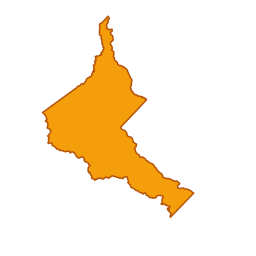 Japurá, Amazonas, Brazil (orthographic projection), rotated 44°
{"feature_id": "56859067B39136722056704", "entity_name": "Japurá", "entity_type": "district", "adm_level": 2, "iso_a3": "BRA", "parent_name": "Brazil", "parent_adm1": "Amazonas", "projection": "orthographic", "projection_center": [-68.104, -1.386], "detail": "fine", "context": "isolated", "style": "filled", "palette": "amber", "viewbox_px": 256, "rotation_deg": 44, "n_neighbors": 0, "source": "geoboundaries", "source_scale": "gbopen_adm2", "svg_char_len": 5763}
<svg xmlns="http://www.w3.org/2000/svg" viewBox="0 0 256 256"><g transform="rotate(44 128 128)"><path d="M220.5,162.6L220.5,129.3L216.1,129.7L213.8,130.5L211.8,131.9L209.6,132.8L208.3,134.1L207.5,135.4L206.1,136.4L204.8,136.1L203.8,135.2L203.6,134.7L204.0,132.5L203.8,132.1L202.9,131.8L202.0,132.2L200.5,132.1L199.9,132.2L198.4,133.8L196.8,134.6L195.4,134.8L191.9,136.4L190.6,137.8L188.4,138.8L186.9,138.8L184.9,137.7L183.7,137.6L181.7,138.1L180.4,138.0L178.7,138.2L176.2,137.3L174.7,137.5L172.7,136.9L171.5,136.8L170.0,136.9L168.1,137.9L165.2,138.1L163.9,138.7L161.9,138.2L160.9,138.3L159.9,138.6L158.9,138.7L158.1,139.2L157.4,140.7L157.0,140.7L155.0,139.6L152.7,140.1L151.0,140.1L149.7,139.6L148.1,138.5L147.2,138.3L146.7,137.5L146.9,136.2L146.7,135.8L145.4,133.7L142.5,134.4L141.5,134.3L138.5,132.6L137.1,132.3L136.0,132.7L134.9,133.6L133.1,134.0L132.4,133.7L130.6,132.5L128.2,132.0L126.6,132.4L125.3,133.1L123.6,133.2L122.1,132.4L122.0,110.3L121.7,95.1L121.4,95.3L121.0,95.0L121.1,95.4L120.7,95.1L119.8,95.1L119.8,94.8L119.6,94.8L119.6,95.0L119.1,94.9L118.7,95.3L118.3,95.2L118.0,95.6L117.3,95.2L117.4,95.3L117.2,95.9L116.8,95.6L116.2,95.8L116.2,96.2L114.7,96.7L113.7,97.6L113.3,97.5L112.9,98.1L112.0,98.3L111.2,98.2L110.2,98.9L110.0,99.4L109.3,99.1L108.4,99.0L107.5,99.3L107.4,99.1L106.9,99.0L106.5,99.3L105.9,99.2L105.7,98.8L105.5,99.1L104.1,98.7L103.7,98.3L103.1,97.9L103.0,98.0L102.5,97.6L102.3,97.8L102.0,97.4L101.4,97.0L101.0,96.5L101.1,95.9L100.8,95.7L100.8,95.0L100.3,94.6L99.9,93.8L98.8,93.0L98.5,92.1L97.5,90.8L96.5,90.4L95.2,90.3L94.4,89.8L93.7,89.8L92.2,88.9L90.8,88.7L90.0,88.1L88.0,87.4L87.4,86.9L86.3,86.8L85.6,86.6L84.5,87.0L83.1,86.9L82.9,87.2L82.4,87.2L82.3,87.7L80.9,87.5L80.0,88.0L79.0,88.3L78.4,89.1L77.5,89.1L76.5,89.3L75.5,88.6L73.8,88.1L72.0,88.5L70.7,88.3L69.6,87.1L68.0,86.8L67.6,86.5L66.7,84.8L65.7,84.1L65.1,83.3L64.5,83.0L63.9,83.2L62.9,83.1L62.0,83.4L61.6,83.0L61.5,81.7L60.9,81.2L59.0,80.2L57.5,80.0L56.8,79.6L56.2,78.9L56.1,78.4L56.2,74.8L54.2,73.6L53.6,72.8L52.9,72.4L51.0,72.6L49.6,72.0L49.3,71.5L49.1,70.8L49.3,69.6L49.2,69.2L48.4,68.3L47.7,68.1L47.4,68.5L47.0,69.6L46.7,70.2L45.1,70.4L44.2,71.3L43.5,71.3L42.9,70.7L42.8,70.1L42.4,69.7L41.7,69.4L40.8,68.7L40.6,68.2L40.3,65.7L39.9,65.3L38.8,65.0L38.6,64.5L38.8,63.0L38.5,62.3L37.5,61.8L36.0,61.6L36.2,70.4L35.9,71.4L35.5,72.0L35.5,73.3L38.3,75.5L38.6,76.2L40.5,78.5L41.0,78.7L41.6,79.9L43.0,80.7L43.5,80.5L44.4,80.6L45.2,80.5L46.2,82.1L46.6,82.1L47.5,82.6L47.6,83.0L48.4,83.0L49.6,84.2L49.9,84.4L50.3,85.1L52.2,85.8L52.4,86.1L54.3,86.8L54.4,87.5L54.9,87.5L55.7,87.8L55.9,88.2L55.7,89.4L56.1,89.6L56.7,90.7L56.2,92.1L56.6,92.4L56.9,93.2L57.3,93.0L57.6,93.3L57.5,93.8L58.0,93.9L57.2,95.2L57.1,96.0L56.3,97.0L56.2,97.7L55.4,98.2L55.6,98.6L55.2,99.0L55.6,99.0L55.5,99.4L55.9,99.5L55.8,99.9L56.9,100.8L57.1,101.3L57.6,101.3L58.1,101.8L58.2,102.3L57.6,103.2L58.8,104.0L59.2,104.1L59.9,105.2L59.7,106.8L59.9,107.2L60.6,107.3L60.9,107.7L62.6,108.9L62.6,109.6L63.2,110.3L63.6,110.1L64.5,110.4L64.6,110.9L63.8,111.6L63.5,111.6L63.5,112.0L64.0,112.2L64.4,112.6L64.2,113.7L64.4,114.2L65.7,116.0L65.6,117.0L64.9,117.6L64.9,118.9L64.1,121.0L64.4,122.1L65.1,123.7L65.1,125.6L65.5,126.5L65.5,127.3L64.2,128.0L63.8,129.4L63.9,131.3L62.9,132.9L63.1,134.6L55.8,176.1L60.7,176.5L61.6,176.9L62.3,177.6L63.8,178.1L64.1,178.4L63.7,180.2L64.4,180.4L64.9,180.2L66.7,180.2L67.6,180.7L69.3,182.9L69.4,183.5L69.7,184.1L72.9,183.1L73.4,183.6L74.0,183.5L74.5,183.7L75.4,185.3L75.5,187.1L76.0,188.2L75.7,189.1L75.9,189.6L76.9,189.2L77.4,189.5L78.0,190.1L78.5,191.3L79.7,192.2L80.8,194.2L81.2,194.4L81.7,194.1L82.1,193.7L82.8,192.2L83.8,191.6L84.4,192.0L85.0,193.0L85.8,193.2L86.5,192.9L86.8,192.6L88.0,192.5L89.3,192.2L91.1,192.7L92.7,191.5L94.0,191.7L94.6,191.5L96.2,190.0L99.3,188.7L101.5,185.5L102.7,185.7L103.4,186.2L103.7,185.9L104.2,184.2L104.8,183.5L106.2,183.5L106.9,183.0L107.3,183.1L107.6,183.3L108.1,183.3L108.7,183.7L109.4,183.7L111.0,184.3L111.8,184.0L113.1,184.1L114.0,183.2L114.1,182.5L114.8,180.9L115.3,180.2L115.8,180.1L118.2,180.7L118.5,181.2L119.6,182.1L120.7,182.1L121.8,181.1L122.7,181.2L124.4,180.8L125.3,181.6L126.0,181.2L126.7,181.3L127.0,182.1L126.7,183.2L126.8,183.8L129.0,186.6L129.5,186.5L129.7,186.9L130.8,187.4L131.6,186.5L131.9,186.5L132.7,187.4L134.5,187.6L135.4,188.0L136.3,189.0L137.4,189.4L138.0,188.7L138.7,188.3L140.2,188.6L140.5,188.4L140.6,187.3L141.4,186.4L141.1,184.9L141.9,184.2L143.1,183.6L143.3,182.9L144.5,182.7L145.5,182.0L145.7,181.6L146.2,178.5L146.6,178.3L147.4,178.3L148.0,177.7L148.9,177.6L149.2,176.8L149.2,175.5L149.7,174.7L149.5,173.9L149.6,173.6L150.3,173.0L151.2,172.8L152.6,171.7L153.3,171.4L153.8,171.4L155.8,170.1L157.1,169.9L157.9,168.6L159.4,168.0L159.6,167.3L159.2,166.6L159.2,166.3L160.9,163.9L161.6,163.8L163.0,164.9L164.4,165.4L165.4,166.1L165.7,167.2L166.9,167.5L169.4,167.4L170.2,168.2L171.4,168.5L172.1,168.4L173.5,167.6L176.7,167.4L177.4,167.2L178.5,166.5L179.8,166.4L181.5,166.0L183.3,165.0L184.5,165.2L184.7,164.9L185.1,163.0L185.4,162.8L186.2,162.9L188.0,163.6L190.2,162.7L190.9,163.0L192.2,162.9L192.8,162.4L193.2,161.4L194.4,161.3L195.1,160.9L195.6,159.8L196.4,158.9L196.5,158.5L196.0,157.1L196.4,155.7L197.3,154.7L200.0,152.9L200.9,152.9L201.1,153.3L201.3,154.1L201.9,154.7L202.1,155.8L204.3,158.0L205.0,158.3L205.2,158.6L204.6,159.1L204.6,159.7L204.8,159.8L205.2,159.6L205.2,159.2L205.7,158.7L206.3,158.6L206.1,157.9L206.7,157.4L208.0,157.1L208.5,157.1L208.8,157.4L209.4,156.8L210.5,156.5L212.0,155.6L212.8,155.3L213.0,155.5L213.2,156.1L213.2,157.0L213.6,157.5L212.4,157.6L212.4,158.0L212.6,158.9L213.2,158.8L213.6,159.2L214.2,158.9L214.4,159.4L215.1,159.3L216.4,159.6L217.2,159.3L218.0,159.4L218.7,159.9L218.9,160.6L218.9,161.2L219.4,161.5L219.7,162.4L220.5,162.6Z" fill="#f59e0b" stroke="#b45309" stroke-width="1.5"/></g></svg>